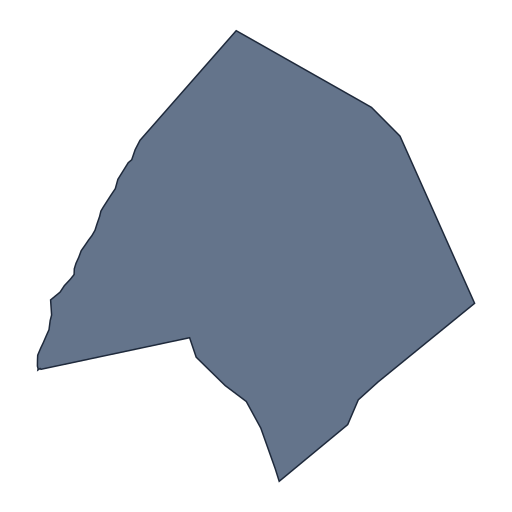 Soucis, Anse-la-Raye, Saint Lucia (Equal Earth projection)
{"feature_id": "8701671B87099663459533", "entity_name": "Soucis", "entity_type": "district", "adm_level": 2, "iso_a3": "LCA", "parent_name": "Saint Lucia", "parent_adm1": "Anse-la-Raye", "projection": "equal_earth", "projection_center": [-61.001, 13.977], "detail": "fine", "context": "isolated", "style": "filled", "palette": "slate", "viewbox_px": 512, "rotation_deg": 0, "n_neighbors": 0, "source": "geoboundaries", "source_scale": "gbopen_adm2", "svg_char_len": 737}
<svg xmlns="http://www.w3.org/2000/svg" viewBox="0 0 512 512"><path d="M37.9,370.0L40.1,368.5L40.9,369.3L189.6,337.7L196.2,357.2L225.2,385.6L246.3,401.5L260.8,428.1L275.3,468.9L279.2,481.3L347.7,424.6L358.3,399.8L378.0,382.0L474.6,303.3L400.0,136.1L371.5,107.4L347.4,93.7L236.2,30.7L140.0,140.3L135.2,149.6L131.7,159.8L128.3,162.6L117.9,179.3L115.3,188.7L110.8,195.4L103.4,206.9L100.9,211.1L99.6,216.5L96.9,224.3L95.0,230.3L92.0,235.5L88.6,240.0L85.0,245.3L81.2,250.7L78.8,257.2L76.0,263.3L74.3,268.8L74.1,274.5L70.3,279.3L64.4,285.6L60.1,292.1L50.6,299.9L51.6,315.0L50.2,320.5L49.0,329.7L46.4,335.5L43.2,342.9L40.8,347.9L37.7,355.2L37.5,359.6L37.4,366.1L38.1,368.8L37.9,370.0Z" fill="#64748b" stroke="#1e293b" stroke-width="1.5"/></svg>